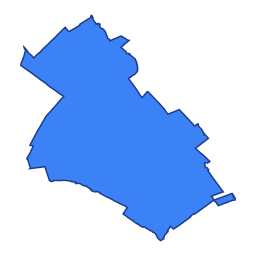 Mihalaseni, Botosani, Romania (Equal Earth projection)
{"feature_id": "2599482B30882633925542", "entity_name": "Mihalaseni", "entity_type": "district", "adm_level": 2, "iso_a3": "ROU", "parent_name": "Romania", "parent_adm1": "Botosani", "projection": "equal_earth", "projection_center": [27.092, 47.89], "detail": "fine", "context": "isolated", "style": "filled", "palette": "blue", "viewbox_px": 256, "rotation_deg": 0, "n_neighbors": 0, "source": "geoboundaries", "source_scale": "gbopen_adm2", "svg_char_len": 5653}
<svg xmlns="http://www.w3.org/2000/svg" viewBox="0 0 256 256"><path d="M234.8,200.2L235.0,199.6L235.2,199.3L235.1,199.0L235.3,198.6L235.3,198.4L235.1,198.1L235.1,197.9L234.5,197.6L234.4,197.4L234.1,197.6L233.8,197.4L233.8,197.1L233.5,196.9L233.9,196.5L233.2,195.8L233.3,195.7L233.6,195.4L233.6,195.2L232.8,195.0L232.8,194.9L232.9,194.7L232.6,194.2L232.5,193.9L232.0,193.4L227.7,195.1L214.2,200.0L213.5,199.0L212.7,197.6L212.2,197.1L211.4,196.5L212.2,195.8L223.2,191.9L213.5,178.7L208.8,172.0L207.8,170.6L208.7,169.8L206.8,167.5L206.5,167.4L205.6,167.8L205.4,167.8L205.0,167.1L204.9,166.7L205.2,165.4L205.1,165.0L204.5,164.0L204.4,163.7L204.4,163.3L204.5,163.1L204.8,162.9L205.9,162.7L206.5,162.7L207.3,163.1L208.6,162.4L209.8,161.5L209.5,161.1L205.6,157.3L202.8,154.7L201.2,153.5L197.7,150.5L195.4,148.3L208.4,138.3L207.1,136.9L206.3,135.9L205.3,134.9L204.9,134.8L204.1,134.9L204.0,134.5L204.3,134.1L204.5,133.9L204.5,133.7L202.8,132.0L202.7,131.5L202.8,131.2L202.6,130.8L200.8,128.5L200.0,127.7L198.7,126.5L198.5,125.2L198.3,124.6L198.3,124.3L198.1,123.9L197.8,123.8L197.5,124.0L194.8,126.1L179.3,109.6L169.7,113.5L168.0,114.3L166.2,111.9L165.3,110.5L164.2,109.0L162.6,107.2L158.2,102.3L155.6,99.7L154.0,97.9L152.6,96.5L148.2,91.9L147.3,91.6L142.1,97.7L141.0,96.4L138.3,92.2L136.6,89.6L128.8,78.9L128.5,78.4L128.6,78.1L130.1,77.4L131.4,76.5L132.8,75.3L133.6,75.0L134.3,74.6L135.4,73.7L136.6,72.2L137.4,71.5L137.5,71.0L137.4,70.0L137.8,68.8L137.4,68.1L137.3,67.8L137.4,67.5L137.6,66.8L137.6,66.5L137.1,65.5L137.2,65.2L137.2,64.9L137.1,64.5L136.9,64.1L136.7,62.6L136.5,62.1L136.0,61.5L135.9,60.6L135.2,59.2L134.6,58.4L133.5,57.7L131.4,55.9L130.8,55.5L129.3,54.6L129.9,54.0L129.3,53.7L128.3,53.4L126.5,53.5L126.5,53.0L126.1,51.9L125.9,51.6L121.0,47.3L123.7,45.0L124.3,44.6L124.6,44.2L124.7,43.7L125.7,43.3L129.1,40.4L128.4,40.3L127.5,40.0L123.9,37.6L121.3,36.1L121.1,36.0L119.4,36.6L117.7,37.5L115.0,38.6L114.1,38.9L113.6,39.2L112.7,39.5L111.7,40.2L110.1,41.0L109.4,39.7L109.6,39.5L108.7,39.1L108.1,38.6L107.7,38.2L107.5,37.8L107.4,36.8L106.5,35.1L106.2,34.4L105.8,32.8L105.6,32.3L104.8,31.2L104.5,30.5L103.9,29.8L102.9,28.9L102.0,28.5L101.2,28.4L100.9,28.3L100.5,27.7L99.7,25.9L99.2,25.1L99.9,24.6L100.0,24.4L100.0,24.2L99.9,24.1L99.0,23.7L97.7,23.7L97.3,23.5L96.9,24.0L96.3,24.3L96.2,24.3L94.8,21.9L94.3,21.5L93.8,20.8L93.3,19.7L93.2,19.4L92.8,18.9L92.8,18.5L92.9,17.6L92.4,16.9L92.3,16.4L91.8,15.6L91.7,15.5L91.4,15.4L90.9,16.0L90.7,16.4L90.8,16.7L91.1,17.0L91.2,17.3L85.6,20.6L79.8,24.3L79.9,25.2L77.4,26.7L76.3,27.2L76.0,27.4L76.2,27.6L75.5,28.2L75.0,28.5L74.4,28.6L73.2,29.1L72.5,29.6L69.2,31.5L68.8,31.5L68.1,31.0L67.4,30.1L67.1,29.4L65.8,28.8L65.8,28.6L65.7,27.9L65.6,27.6L65.3,27.3L63.4,29.1L62.4,30.0L58.5,33.9L57.7,34.6L54.8,37.7L54.4,38.0L51.7,40.5L47.1,45.1L45.5,46.5L42.2,49.8L40.7,51.5L36.9,54.8L33.6,57.9L33.2,57.6L32.6,56.6L31.9,55.7L29.7,53.9L28.8,53.0L27.2,51.1L26.9,50.3L25.4,48.6L24.7,47.8L24.0,47.1L24.1,47.8L25.0,49.3L25.9,49.8L26.1,50.0L26.2,50.4L26.0,50.7L25.7,51.0L25.2,51.1L25.1,51.8L25.0,52.4L24.5,53.9L23.9,56.3L22.9,58.9L22.6,59.9L21.5,62.5L20.7,65.3L27.1,69.9L32.1,73.4L32.2,73.5L33.0,74.1L40.0,79.3L41.7,80.5L42.4,81.0L44.7,82.6L46.1,83.3L46.4,83.6L46.9,84.5L47.7,85.0L48.7,85.9L49.1,86.1L49.7,86.8L52.1,88.3L55.4,90.5L58.9,93.2L60.8,94.5L63.8,96.2L62.3,97.9L60.7,99.6L55.4,105.9L52.3,109.3L51.0,110.9L48.4,113.6L45.8,116.6L44.5,119.0L41.7,123.7L40.2,126.5L39.6,127.4L38.7,129.0L37.5,130.9L34.4,136.9L32.8,139.8L32.0,141.4L30.8,143.5L30.0,145.3L33.2,145.9L33.3,146.1L32.6,147.6L31.5,149.7L30.2,152.7L29.2,154.6L28.0,156.5L27.3,157.6L26.9,158.9L27.5,159.1L28.0,160.3L28.9,163.4L30.5,168.1L30.0,168.6L30.7,168.5L44.9,166.7L49.5,180.6L50.4,180.5L50.5,181.2L50.7,181.4L51.4,181.5L52.5,181.3L53.6,180.9L53.9,180.4L61.4,180.6L63.1,180.2L66.1,180.5L68.4,180.7L71.4,181.3L72.0,181.4L71.8,181.6L73.0,181.7L73.4,181.9L75.6,182.3L75.7,183.0L75.5,183.3L76.0,183.6L77.6,183.4L78.1,183.3L80.0,183.6L81.1,184.1L81.4,184.4L82.4,185.0L82.8,185.4L83.3,185.6L84.3,185.7L85.4,186.1L87.1,186.5L87.5,187.1L88.0,187.6L88.4,187.8L90.0,188.8L91.3,189.4L90.8,190.0L91.5,190.4L92.4,191.3L92.8,191.4L93.5,191.4L94.7,191.9L95.7,191.7L96.0,191.3L97.1,191.9L97.6,191.7L98.2,191.8L98.6,192.0L99.6,192.7L100.4,193.2L100.2,193.4L105.6,196.3L112.0,199.4L113.7,200.3L113.8,200.6L115.9,201.5L116.8,202.0L117.5,202.3L118.1,202.7L119.2,203.3L120.7,204.0L121.4,204.2L122.9,205.1L124.6,205.7L127.2,207.4L127.1,207.5L127.3,207.6L126.9,208.2L123.7,212.9L124.0,213.0L123.3,214.2L123.6,214.3L124.6,215.0L126.0,215.9L126.7,216.6L127.8,217.5L128.4,217.8L129.3,218.4L137.4,224.0L137.6,223.8L138.8,224.7L139.5,225.3L140.0,225.7L142.0,226.7L142.3,227.1L142.6,227.2L143.0,227.2L144.0,226.7L144.4,226.8L146.2,228.3L148.2,229.2L150.2,230.7L151.3,230.8L151.8,231.0L152.2,231.6L152.7,232.1L154.0,232.6L155.4,233.7L155.9,234.3L157.1,236.9L157.4,237.6L158.7,239.1L160.6,240.6L162.3,239.7L163.1,238.7L163.3,238.7L163.7,238.7L163.5,238.4L163.6,238.1L164.5,235.6L165.0,234.7L165.5,234.5L165.8,234.2L166.7,232.7L167.7,231.9L167.4,231.7L167.8,231.3L167.7,231.2L167.9,231.0L167.6,230.7L168.5,229.1L169.2,228.3L170.2,226.3L170.4,226.3L173.4,228.9L173.7,228.9L173.9,228.8L177.3,226.6L178.3,225.8L179.2,225.4L180.3,224.4L182.8,222.7L184.4,221.3L185.2,221.0L186.0,220.3L189.7,217.7L190.6,216.8L190.2,216.5L190.7,216.0L193.9,213.6L194.4,214.1L196.4,212.8L196.7,212.6L199.4,210.7L199.9,210.3L201.5,209.1L208.4,204.2L210.7,202.4L212.0,201.3L212.4,201.1L213.1,200.7L214.1,200.4L214.3,200.8L215.3,201.8L216.5,202.7L216.7,203.5L217.9,205.0L218.2,205.7L222.8,203.9L224.7,203.2L226.6,202.7L228.2,201.9L232.9,200.2L234.5,200.1L234.8,200.2Z" fill="#3b82f6" stroke="#1e3a8a" stroke-width="1.5"/></svg>